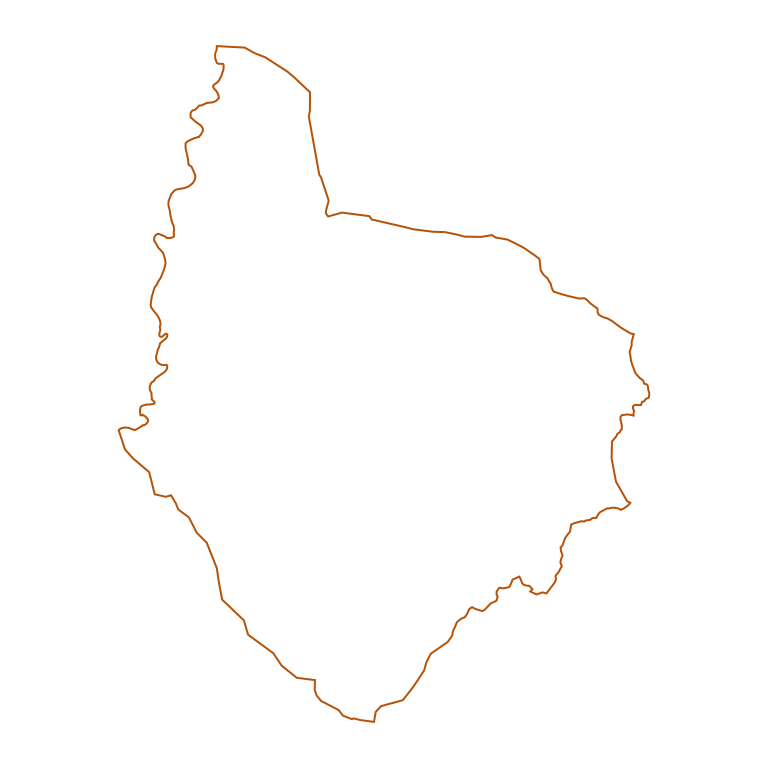 Villa Hidalgo, Oaxaca, Mexico (Albers equal-area conic projection)
{"feature_id": "50627088B9411614627727", "entity_name": "Villa Hidalgo", "entity_type": "district", "adm_level": 2, "iso_a3": "MEX", "parent_name": "Mexico", "parent_adm1": "Oaxaca", "projection": "albers", "projection_center": [-96.166, 17.184], "detail": "fine", "context": "isolated", "style": "outline", "palette": "amber", "viewbox_px": 768, "rotation_deg": 0, "n_neighbors": 0, "source": "geoboundaries", "source_scale": "gbopen_adm2", "svg_char_len": 5776}
<svg xmlns="http://www.w3.org/2000/svg" viewBox="0 0 768 768"><path d="M118.7,430.3L125.0,449.4L132.8,458.2L149.2,472.2L154.7,494.3L165.8,496.8L171.1,495.3L175.9,503.5L178.3,509.5L188.9,517.4L196.8,532.8L206.6,542.6L206.8,542.8L207.0,543.5L216.8,568.1L219.0,583.0L222.1,599.6L243.9,620.4L248.1,634.7L273.4,653.3L281.6,665.6L296.7,677.8L315.0,680.1L314.7,689.8L316.5,695.3L321.1,701.0L338.7,710.1L342.9,715.6L352.0,719.2L353.7,718.4L360.6,720.1L374.0,721.9L375.7,711.9L381.1,706.1L402.8,700.2L412.6,687.7L417.7,680.3L424.1,670.4L426.4,662.3L430.8,653.7L447.8,641.9L452.2,635.6L452.9,631.3L454.9,627.2L456.9,622.2L460.7,619.0L464.9,617.1L467.0,614.0L469.3,609.1L472.0,607.1L475.5,609.0L482.4,611.1L484.9,609.6L490.6,603.5L496.4,600.8L497.7,596.5L496.5,594.4L496.7,591.3L499.2,587.8L503.6,588.4L509.3,587.0L510.6,584.6L511.5,582.3L512.6,579.6L514.0,579.0L519.3,576.6L520.6,579.0L522.1,583.2L523.7,584.8L526.4,585.6L529.2,585.8L532.4,589.2L530.3,591.5L536.4,594.4L542.6,592.4L546.4,593.5L554.5,582.8L555.8,580.0L556.0,578.8L555.5,576.2L556.1,574.9L558.2,572.7L561.8,566.2L560.4,562.6L560.9,559.6L562.6,555.4L561.0,551.0L560.6,547.3L562.3,545.9L565.1,538.0L567.5,534.7L570.0,531.6L571.2,524.6L574.5,523.1L581.6,521.2L584.3,521.6L585.5,520.6L587.8,520.2L590.3,519.8L592.4,518.1L596.0,518.0L599.2,513.0L601.1,511.5L603.5,510.4L605.3,509.4L607.3,508.3L608.3,508.5L610.9,508.0L612.1,507.8L612.9,507.6L616.2,508.0L618.3,508.4L620.7,509.9L624.6,508.0L628.4,505.2L630.3,502.9L627.0,501.0L616.0,481.7L611.6,458.4L612.0,441.5L616.3,436.3L617.4,433.8L619.8,432.3L620.6,430.1L621.7,429.5L621.9,425.7L621.2,422.7L620.4,419.2L620.5,416.9L621.7,415.3L627.0,414.4L631.6,415.0L633.5,415.6L633.7,411.8L634.2,411.2L632.9,408.1L633.1,406.1L635.2,404.8L638.0,405.1L641.0,405.0L642.1,401.9L644.4,401.1L645.6,399.1L648.9,397.6L649.2,394.7L649.3,393.2L648.5,390.6L648.1,389.1L648.1,387.7L647.5,385.2L646.5,384.3L644.1,383.6L643.2,380.6L639.5,377.8L635.6,373.4L632.0,364.1L630.9,360.2L630.5,356.5L630.0,353.8L629.6,352.4L630.2,350.0L631.7,345.5L631.6,342.2L632.5,338.8L633.8,334.1L630.5,333.4L624.9,330.1L621.2,327.8L616.5,324.4L612.3,321.2L607.4,318.4L602.9,317.1L601.0,316.0L598.5,314.5L597.6,312.1L597.5,308.5L596.2,307.7L590.5,303.5L587.0,299.9L584.4,298.3L578.7,298.5L567.3,295.8L559.7,293.6L553.5,291.5L551.8,288.2L550.6,283.4L548.8,281.1L547.9,278.8L543.3,274.5L540.7,270.3L539.9,263.1L539.4,258.9L534.5,255.2L524.8,248.5L519.5,245.5L507.6,239.6L495.5,237.5L492.0,235.1L481.3,236.9L464.6,236.6L456.2,234.4L444.8,232.1L433.3,231.8L413.4,229.3L404.5,227.0L371.7,219.5L369.4,216.2L368.2,216.0L341.9,212.6L328.2,216.5L326.1,213.7L325.8,212.0L326.7,207.9L328.4,201.9L328.6,200.2L320.9,177.0L319.3,174.9L308.8,116.4L309.9,110.8L310.0,92.3L294.4,77.5L287.4,71.6L265.4,57.4L254.3,53.0L244.7,47.6L216.8,46.1L216.6,50.0L215.5,52.3L215.1,55.3L215.2,56.8L215.3,58.7L215.9,60.2L216.4,61.8L217.0,63.0L218.6,63.8L220.3,63.8L221.5,63.8L223.3,64.1L223.5,64.6L223.7,65.7L223.6,67.3L223.4,69.7L222.5,72.3L221.9,74.2L221.3,76.0L220.4,77.5L219.3,79.8L218.1,81.6L216.6,83.0L214.8,84.0L213.4,85.3L213.1,86.7L213.8,88.3L216.3,91.1L217.8,93.6L218.6,95.7L218.8,98.2L217.4,99.6L216.2,100.8L214.6,101.6L212.3,102.4L209.9,102.6L206.9,103.0L201.5,105.4L199.1,105.6L196.9,108.1L195.0,109.7L192.2,110.6L190.6,112.9L190.6,117.2L195.4,121.6L201.0,125.7L202.8,128.3L202.8,131.1L201.4,133.6L200.8,134.8L199.8,135.6L199.1,136.9L197.4,137.2L195.6,137.9L193.9,138.3L192.2,139.1L190.5,140.0L188.4,140.9L187.1,141.8L185.6,143.3L185.6,145.9L185.6,148.2L187.4,156.3L187.6,157.5L188.0,159.5L188.2,161.4L188.5,164.1L188.9,165.1L190.7,166.0L191.6,166.9L192.4,168.7L194.8,174.1L195.3,175.9L195.2,177.9L194.5,180.4L192.7,183.2L190.7,184.8L188.9,186.3L186.8,187.3L184.2,188.1L181.1,188.6L177.5,189.2L174.8,190.2L173.2,192.0L171.2,194.2L170.0,197.6L168.6,200.9L168.4,204.7L168.6,206.0L169.7,210.1L170.3,214.8L171.0,217.7L171.6,220.6L172.3,223.1L173.2,224.8L173.7,226.4L174.2,229.6L174.0,230.7L173.8,231.6L173.7,232.8L173.9,234.4L174.0,235.4L173.9,236.5L172.9,237.2L170.9,237.9L169.1,238.0L167.0,238.0L165.9,237.1L164.8,236.3L163.5,235.7L161.9,235.2L160.2,234.5L158.5,233.8L157.6,233.9L157.0,234.2L156.1,234.8L155.1,236.0L154.4,237.2L154.1,238.6L154.2,240.6L156.3,244.1L157.3,245.8L158.1,247.6L160.4,249.8L163.2,253.1L163.9,255.4L164.8,258.4L165.4,261.0L165.5,263.9L164.0,269.5L162.1,274.4L160.6,278.0L159.1,280.1L157.8,282.5L156.8,284.7L154.6,287.5L153.2,291.9L152.7,293.9L151.8,296.6L151.3,299.9L150.7,304.4L150.8,306.0L151.0,307.1L151.9,308.4L153.3,310.4L156.8,314.6L158.1,316.6L158.9,318.1L159.7,319.9L160.2,321.7L160.4,322.8L160.6,323.9L160.2,325.5L159.8,326.5L159.8,327.6L160.3,329.2L160.2,330.3L159.8,331.7L159.4,333.1L159.3,334.5L159.5,335.9L160.2,336.5L160.8,336.8L161.9,336.8L162.8,336.2L163.6,335.4L165.6,333.7L166.8,334.0L167.4,334.7L166.9,337.0L166.0,338.5L164.3,339.8L160.2,343.1L158.8,347.8L157.9,349.2L157.5,351.1L156.3,355.6L156.0,358.3L156.6,360.4L157.5,362.2L158.9,363.5L160.0,364.1L161.5,364.8L164.0,365.2L166.0,364.8L166.6,365.0L167.2,365.4L167.2,366.6L167.1,367.7L166.8,369.3L165.6,370.9L163.9,372.5L156.2,377.8L155.3,378.7L154.5,380.3L153.1,381.5L151.6,382.5L150.7,383.7L150.4,385.0L149.7,386.7L149.7,388.3L150.0,390.0L150.8,391.8L151.4,392.6L151.5,393.8L151.5,395.2L151.9,398.6L151.7,399.4L152.7,400.2L154.5,401.9L154.7,402.7L154.2,403.7L149.1,404.6L147.4,404.4L143.9,405.3L142.2,405.8L141.1,406.5L140.5,407.4L140.1,409.2L140.0,412.2L140.3,413.7L140.4,415.0L140.9,415.4L141.7,415.3L142.6,414.7L143.5,415.5L145.1,416.2L146.6,417.8L148.0,419.8L148.0,421.0L147.6,422.2L145.9,424.1L144.4,425.1L143.0,425.1L142.4,425.7L136.2,429.5L135.4,429.8L134.2,430.0L131.7,429.0L130.8,428.7L128.3,427.8L126.6,427.6L124.2,427.6L122.9,427.9L121.7,428.2L120.8,428.6L119.9,429.0L118.7,430.3Z" fill="none" stroke="#b45309" stroke-width="2"/></svg>